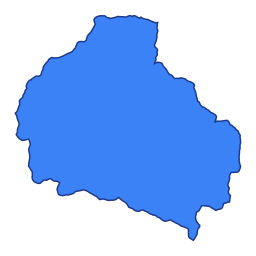 Asuncion, Áncash, Peru (Mercator projection)
{"feature_id": "86281439B44243657118562", "entity_name": "Asuncion", "entity_type": "district", "adm_level": 2, "iso_a3": "PER", "parent_name": "Peru", "parent_adm1": "Áncash", "projection": "mercator", "projection_center": [-77.399, -9.19], "detail": "fine", "context": "isolated", "style": "filled", "palette": "blue", "viewbox_px": 256, "rotation_deg": 0, "n_neighbors": 0, "source": "geoboundaries", "source_scale": "gbopen_adm2", "svg_char_len": 5723}
<svg xmlns="http://www.w3.org/2000/svg" viewBox="0 0 256 256"><path d="M157.7,22.5L156.1,22.7L154.3,22.5L152.5,21.6L150.7,21.0L148.1,19.5L145.7,19.3L143.4,18.6L142.7,18.3L141.2,17.2L140.8,17.2L140.3,18.0L140.1,18.2L138.9,17.7L138.2,17.7L137.6,17.4L136.5,16.5L135.0,15.9L134.2,15.7L133.4,15.7L132.7,16.4L132.4,16.5L130.9,15.8L130.4,15.7L128.7,15.9L128.2,16.2L127.1,16.5L126.0,17.2L125.0,17.0L124.4,16.8L122.6,16.8L117.6,16.5L114.9,17.5L113.4,17.8L112.9,18.0L110.8,18.4L110.3,18.3L109.2,17.9L108.0,17.8L106.9,17.5L106.5,17.3L105.6,16.3L104.8,15.9L103.8,15.8L100.2,15.8L98.3,16.2L97.2,16.6L95.2,17.7L94.1,19.4L94.0,19.8L94.0,20.4L94.2,21.3L94.8,22.6L95.1,23.6L94.9,25.2L93.7,27.1L92.9,28.6L92.7,29.1L91.2,31.6L89.6,33.6L88.6,34.4L87.8,35.4L87.5,36.0L86.9,37.9L86.5,38.6L86.3,40.2L85.7,40.8L84.8,41.4L83.9,41.8L81.1,41.5L79.4,41.6L78.9,41.8L77.4,42.9L77.0,43.7L75.9,46.5L75.2,48.1L73.9,49.5L72.6,51.2L71.5,52.1L67.5,53.6L63.9,55.6L59.4,57.5L57.9,57.8L54.7,58.0L52.3,57.6L51.1,57.6L51.0,57.8L50.3,58.5L49.3,59.0L48.5,59.8L47.9,61.2L47.1,62.1L45.8,63.2L45.2,64.2L43.6,66.4L43.2,67.7L43.1,69.1L42.7,70.1L41.9,71.5L41.3,73.8L40.7,75.1L39.5,75.9L38.5,76.2L37.8,76.2L36.6,76.1L35.6,76.3L35.1,76.6L33.3,78.0L32.6,78.3L31.7,78.9L30.9,79.8L30.3,80.2L29.3,80.4L28.9,80.9L27.6,82.7L26.6,84.7L26.1,86.1L26.3,86.8L26.8,87.6L26.8,88.5L26.3,89.2L25.7,89.7L25.3,90.2L25.0,91.0L24.9,91.9L25.0,92.4L23.2,94.9L23.0,95.5L22.9,96.3L22.4,97.6L22.1,98.1L20.6,99.2L19.6,100.4L19.4,100.8L19.7,103.6L19.7,104.5L19.5,105.0L18.5,107.1L18.3,108.0L17.2,111.2L16.7,112.0L15.5,112.9L15.4,113.1L15.4,113.4L15.6,114.0L16.6,115.5L16.9,116.5L17.1,118.0L17.9,120.3L18.6,121.9L19.1,123.9L19.1,124.8L18.6,126.3L17.7,128.3L17.4,130.0L17.4,131.8L17.2,132.8L16.6,133.6L16.3,134.4L16.3,134.8L16.7,135.5L19.3,138.6L21.9,140.3L22.8,140.4L24.8,140.1L26.6,139.6L27.7,139.2L28.6,139.2L29.0,139.6L29.5,140.9L30.1,143.3L30.2,144.8L29.7,146.5L29.1,147.8L28.7,149.5L28.9,151.0L29.4,153.3L29.8,156.9L29.6,158.8L29.0,162.2L28.6,166.2L29.9,168.1L30.8,169.8L32.0,171.4L32.3,172.4L32.3,175.1L32.1,177.5L32.6,179.7L34.2,181.7L37.7,183.4L39.1,183.4L40.2,183.2L42.0,181.6L44.0,180.1L44.8,179.9L46.0,180.3L46.6,180.2L48.3,179.4L49.2,178.8L50.3,178.7L51.2,179.2L53.7,180.9L54.8,181.1L57.1,181.3L57.7,181.6L59.5,182.5L59.5,182.8L59.0,184.4L57.9,186.3L57.1,189.1L57.2,190.1L57.6,191.0L57.9,192.5L58.4,194.0L58.7,194.5L59.1,194.8L60.6,195.3L61.9,195.5L62.8,195.6L64.4,195.3L66.7,194.7L68.4,195.1L69.8,194.5L71.2,194.2L73.2,193.5L74.2,192.8L74.7,192.1L76.3,191.3L79.4,190.8L83.9,189.8L86.8,190.9L88.1,191.6L89.9,192.9L91.6,193.6L94.1,195.3L95.0,195.8L95.8,195.9L96.8,196.6L97.8,197.7L98.7,198.5L99.5,199.5L100.9,199.4L103.0,198.9L104.9,199.3L106.9,200.1L108.5,200.4L109.4,200.4L111.0,200.1L113.3,200.2L115.6,199.6L118.7,197.5L121.0,199.5L122.7,200.9L125.1,202.2L125.9,202.8L127.5,204.9L128.9,207.3L130.3,207.9L131.9,208.4L132.7,208.8L133.4,209.3L134.4,210.2L135.4,210.8L137.3,211.2L138.6,211.3L139.6,211.0L141.3,210.2L142.7,209.9L143.5,210.1L144.3,210.9L145.0,210.9L146.8,211.8L149.6,213.6L150.8,214.1L151.6,214.3L153.0,215.1L153.3,215.1L154.7,215.1L155.1,215.2L157.9,217.2L158.4,217.4L159.1,217.5L159.9,218.0L161.7,219.6L163.4,220.7L164.4,221.1L166.1,221.1L167.8,220.7L169.9,220.0L170.4,220.0L171.5,220.6L174.1,221.9L175.3,222.7L176.4,223.2L178.7,224.3L181.0,225.9L185.8,227.6L187.8,228.5L188.5,229.9L188.4,232.5L188.6,236.3L189.0,237.3L189.7,238.1L192.1,239.5L193.2,240.3L193.5,240.2L194.9,238.1L196.2,235.7L196.9,234.7L197.5,230.3L197.7,229.3L198.1,228.6L199.2,227.6L199.6,226.8L199.7,226.0L199.7,225.3L198.8,224.4L198.2,223.8L196.8,221.9L196.3,221.1L195.8,219.7L195.5,217.4L195.6,216.4L195.8,215.3L196.1,214.6L196.3,213.2L196.5,212.2L196.8,212.0L198.5,211.1L199.1,210.5L201.2,206.6L201.7,206.0L202.7,205.6L203.5,205.6L204.5,205.9L208.4,206.2L210.8,207.1L211.9,208.0L212.8,208.4L214.5,209.5L215.3,210.2L216.0,210.4L218.3,209.3L219.7,209.2L221.2,208.7L222.1,207.9L222.5,207.1L223.4,204.3L223.4,203.6L226.0,203.0L227.4,202.2L229.3,202.0L229.6,201.8L229.8,199.3L230.4,195.7L230.1,195.1L229.5,194.4L228.6,193.8L228.4,191.5L229.1,189.1L229.2,187.8L228.1,186.4L227.9,184.5L229.3,180.2L229.7,178.2L229.5,177.2L229.4,175.8L230.9,172.8L231.7,172.3L233.1,172.5L234.6,172.3L236.7,172.2L237.8,172.0L238.8,171.3L240.1,168.2L240.6,166.4L239.6,163.7L239.6,162.6L239.1,160.8L239.2,159.2L239.1,157.9L239.1,156.1L239.5,152.6L239.3,152.1L240.1,147.7L239.9,146.1L240.1,144.6L240.6,142.6L240.5,141.6L240.4,139.0L240.0,137.6L240.2,135.7L240.0,134.9L239.1,133.6L238.7,132.4L237.8,130.8L236.7,130.1L236.0,129.5L235.4,128.2L234.5,127.8L231.8,125.3L230.0,124.6L229.7,124.2L229.7,123.6L229.5,123.0L227.7,120.5L225.6,120.4L223.9,120.8L219.0,121.3L217.3,121.0L215.7,122.0L215.2,122.1L215.2,121.1L216.1,118.5L216.3,117.4L216.3,116.1L215.2,114.7L212.2,113.0L210.9,112.5L209.5,111.1L208.0,109.9L206.7,109.3L204.2,107.4L203.4,107.2L202.3,107.0L200.7,105.2L200.2,104.4L199.1,102.0L198.7,101.7L197.7,101.2L197.3,99.6L197.0,98.1L196.5,96.7L195.5,91.8L193.7,87.4L194.5,85.4L194.3,84.7L193.2,83.3L190.7,81.9L187.7,80.9L186.9,80.5L186.0,79.5L185.0,78.8L183.4,78.4L181.1,77.9L180.0,78.0L178.9,78.5L178.0,78.3L176.8,78.3L175.4,78.5L174.5,78.3L173.6,77.6L173.1,77.0L172.7,76.2L171.9,75.4L170.1,74.4L169.0,74.1L167.1,71.0L166.4,69.5L163.2,66.0L162.0,63.4L161.0,62.8L157.5,62.2L154.4,63.6L154.5,62.9L154.9,62.3L155.0,61.6L155.1,61.3L155.7,60.9L156.1,59.2L155.7,58.3L155.7,57.7L155.7,57.4L156.0,56.9L157.1,55.3L157.3,54.6L157.3,53.9L157.1,52.9L157.0,51.6L157.1,51.3L157.6,50.7L157.5,49.9L157.0,48.8L156.5,48.2L155.3,47.3L154.8,46.4L154.5,45.6L154.6,44.7L155.3,43.2L156.6,39.3L157.0,36.3L156.7,34.7L157.7,31.6L157.8,30.4L157.1,28.7L156.9,27.4L157.3,26.0L157.3,24.1L157.7,22.5Z" fill="#3b82f6" stroke="#1e3a8a" stroke-width="1.5"/></svg>